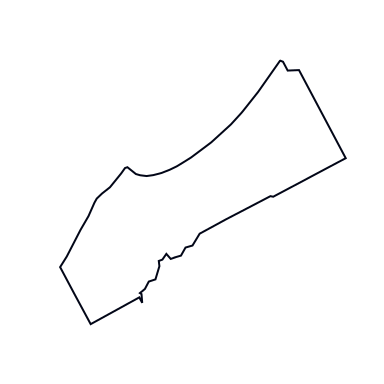 outline of Brevard, Florida, United States of America, rotated 242°
{"feature_id": "52423323B51894454867093", "entity_name": "Brevard", "entity_type": "district", "adm_level": 2, "iso_a3": "USA", "parent_name": "United States of America", "parent_adm1": "Florida", "projection": "orthographic", "projection_center": [-80.716, 28.307], "detail": "fine", "context": "isolated", "style": "outline", "palette": "ink", "viewbox_px": 384, "rotation_deg": 242, "n_neighbors": 0, "source": "geoboundaries", "source_scale": "gbopen_adm2", "svg_char_len": 827}
<svg xmlns="http://www.w3.org/2000/svg" viewBox="0 0 384 384"><g transform="rotate(242 192 192)"><path d="M187.6,40.3L157.2,40.3L122.9,40.5L123.7,96.0L117.5,96.0L125.6,99.5L127.2,98.6L128.5,104.9L133.2,111.8L132.0,118.7L141.8,128.4L146.7,130.3L146.2,134.1L149.4,140.3L142.9,141.8L142.2,146.2L142.3,146.2L141.0,152.4L146.0,160.2L144.5,167.3L151.6,179.2L151.9,209.1L151.5,259.3L149.7,261.5L149.7,343.6L249.4,343.7L254.3,333.5L264.3,333.5L266.5,331.6L266.5,331.2L249.3,297.3L239.5,274.9L238.6,272.7L233.4,258.1L226.8,232.3L222.9,207.3L222.2,197.4L221.8,190.6L222.1,182.7L223.1,174.1L223.6,171.8L225.1,165.7L227.4,159.4L231.1,154.1L234.2,150.9L244.2,146.6L244.6,144.1L241.6,138.1L234.7,121.8L232.9,111.9L230.9,104.8L228.4,100.9L219.3,89.3L210.9,75.8L193.8,51.1L187.6,40.3Z" fill="none" stroke="#020617" stroke-width="2"/></g></svg>